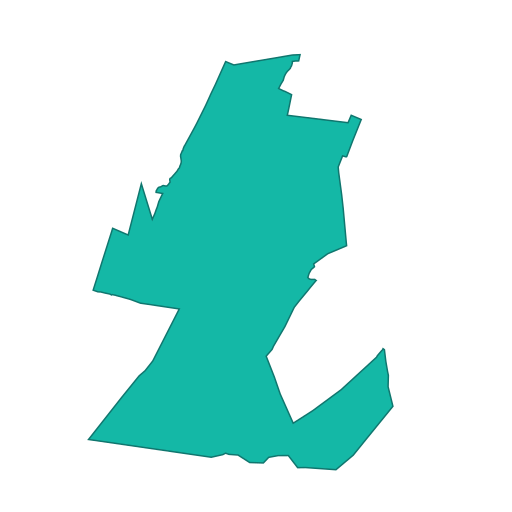 San Pablo Huixtepec, Oaxaca, Mexico, rotated 278°
{"feature_id": "50627088B78539610756075", "entity_name": "San Pablo Huixtepec", "entity_type": "district", "adm_level": 2, "iso_a3": "MEX", "parent_name": "Mexico", "parent_adm1": "Oaxaca", "projection": "mercator", "projection_center": [-96.794, 16.815], "detail": "fine", "context": "isolated", "style": "filled", "palette": "teal", "viewbox_px": 512, "rotation_deg": 278, "n_neighbors": 0, "source": "geoboundaries", "source_scale": "gbopen_adm2", "svg_char_len": 2695}
<svg xmlns="http://www.w3.org/2000/svg" viewBox="0 0 512 512"><g transform="rotate(278 256 256)"><path d="M53.4,334.4L55.5,364.9L72.3,380.0L91.3,391.4L126.2,412.5L144.9,405.0L156.2,403.7L159.8,402.4L169.8,399.2L181.1,396.2L181.9,394.7L180.8,394.4L180.3,394.1L179.9,393.7L176.0,391.2L174.7,390.4L174.3,390.1L172.6,389.5L135.3,358.8L116.4,339.5L110.7,333.7L95.6,316.1L122.8,299.1L138.7,291.0L158.2,280.0L165.7,284.9L169.2,285.9L182.0,291.1L190.0,294.4L210.5,301.0L217.6,305.1L227.0,310.9L228.1,311.6L232.5,314.2L239.9,318.8L240.1,319.0L241.0,317.4L240.5,314.0L240.6,312.1L241.9,310.3L246.2,311.0L250.3,312.6L253.5,315.4L256.2,314.2L268.3,326.8L278.8,344.3L282.4,343.4L314.9,335.8L328.6,332.3L350.0,326.3L355.6,325.0L367.2,327.8L366.7,331.4L367.1,332.0L383.5,335.7L405.8,341.2L408.6,330.7L400.8,328.6L399.7,267.4L406.2,267.9L420.7,268.8L423.2,261.3L423.2,260.6L425.0,255.1L429.6,256.7L433.8,258.5L437.5,259.0L439.8,259.7L441.5,260.4L443.3,261.4L445.1,262.8L446.4,263.7L447.1,264.0L447.7,264.0L449.2,264.7L451.9,265.1L453.7,264.9L454.6,267.9L455.1,271.1L461.5,271.6L460.1,264.1L443.8,212.8L442.1,207.5L444.3,198.9L435.4,196.3L420.1,191.9L409.4,188.5L407.9,188.1L398.1,185.2L391.2,182.9L378.9,178.8L373.9,177.0L355.6,170.1L355.0,169.9L355.4,169.9L353.8,169.4L352.1,169.0L350.1,168.8L350.0,168.4L347.6,167.8L346.0,167.3L344.3,167.4L343.7,167.6L342.4,168.0L339.7,168.8L338.0,168.9L336.7,168.7L336.2,168.6L335.3,168.4L334.4,168.1L332.7,167.9L331.4,167.0L330.4,166.6L329.7,166.3L329.2,166.1L328.6,165.8L327.6,165.1L326.5,164.4L325.5,163.8L324.7,163.2L323.6,162.5L322.5,161.8L321.8,161.3L321.5,161.1L321.2,160.6L321.0,160.3L320.7,160.1L320.4,160.0L320.1,159.9L319.3,160.0L318.0,160.4L317.7,160.5L317.0,160.6L316.8,160.5L316.7,160.4L315.9,159.9L315.0,159.5L314.1,158.9L313.8,158.7L313.2,158.3L313.0,157.9L312.8,157.7L312.8,157.4L312.8,157.2L312.8,156.9L312.7,156.5L312.8,155.4L312.9,154.5L312.7,153.9L312.4,153.5L311.1,151.8L310.9,151.2L310.8,150.6L310.5,150.2L310.0,149.7L309.6,149.4L309.1,149.1L307.9,148.7L306.9,148.2L306.1,148.1L305.1,148.2L305.1,148.5L305.1,149.5L304.9,154.9L298.3,152.8L296.3,152.2L290.8,151.4L287.9,150.7L283.8,149.9L277.9,148.2L311.6,132.4L259.0,126.5L263.5,110.2L263.0,110.1L260.3,109.7L259.1,109.5L226.6,104.0L222.9,103.4L213.2,101.8L199.5,99.5L198.5,104.5L198.8,107.1L198.3,111.8L198.0,116.5L197.3,118.4L197.8,119.0L197.6,121.6L197.6,122.2L197.3,123.8L197.3,124.2L195.7,136.6L195.4,138.3L193.2,148.2L193.2,154.4L192.9,187.4L137.7,168.4L126.9,162.1L121.1,157.0L97.5,142.8L51.0,115.7L50.5,239.7L54.7,250.8L56.5,253.3L55.8,256.8L56.4,265.9L50.6,278.5L52.1,292.1L58.4,296.6L61.4,305.6L62.9,315.8L52.2,326.7L53.4,334.4Z" fill="#14b8a6" stroke="#0f766e" stroke-width="1.5"/></g></svg>